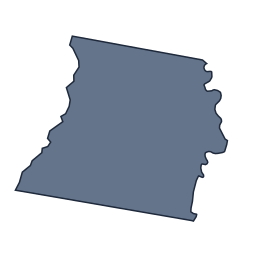 Lamar, Texas, United States of America, rotated 100°
{"feature_id": "52423323B29010460164460", "entity_name": "Lamar", "entity_type": "district", "adm_level": 2, "iso_a3": "USA", "parent_name": "United States of America", "parent_adm1": "Texas", "projection": "natural_earth1", "projection_center": [-95.621, 33.658], "detail": "fine", "context": "isolated", "style": "filled", "palette": "slate", "viewbox_px": 256, "rotation_deg": 100, "n_neighbors": 0, "source": "geoboundaries", "source_scale": "gbopen_adm2", "svg_char_len": 1410}
<svg xmlns="http://www.w3.org/2000/svg" viewBox="0 0 256 256"><g transform="rotate(100 128 128)"><path d="M75.5,50.1L75.8,50.8L76.8,51.9L78.0,56.1L77.7,57.0L76.6,58.4L75.0,59.1L72.5,60.6L72.1,60.6L71.3,60.2L67.9,56.1L67.3,55.6L64.1,54.4L62.8,54.3L58.3,55.3L57.9,56.0L57.9,56.4L58.2,58.1L58.6,59.0L58.7,60.4L58.6,61.0L58.2,61.8L57.6,62.5L56.0,63.5L54.9,63.8L53.3,63.6L52.5,63.3L51.4,62.4L50.9,61.7L48.1,66.4L47.2,198.8L56.4,199.8L59.1,196.1L70.1,188.3L76.5,186.8L85.4,190.6L91.3,189.4L98.9,195.7L110.4,189.8L116.9,189.7L124.8,191.9L128.3,196.1L133.1,193.3L144.5,204.5L152.2,205.4L155.3,201.7L160.2,203.8L162.9,208.9L167.3,208.6L176.9,216.7L181.9,217.6L189.8,224.4L200.5,225.5L208.8,228.1L208.1,49.4L208.3,47.4L203.6,45.5L201.3,45.3L201.0,45.5L200.9,48.7L199.6,51.6L195.8,52.0L189.0,51.8L179.5,52.5L167.9,51.6L163.2,50.3L162.9,50.0L163.7,46.2L163.3,45.4L162.7,45.1L161.2,45.4L158.7,47.8L154.7,49.4L151.7,49.5L150.6,48.9L150.5,48.1L150.6,45.3L149.4,43.9L147.9,43.5L146.5,44.2L145.0,45.6L142.6,47.1L140.7,47.6L139.1,47.5L138.2,46.6L137.1,44.5L137.0,42.3L137.9,39.9L138.0,37.5L137.4,35.1L135.7,30.6L134.9,29.4L134.5,28.9L133.8,28.7L127.2,27.9L123.1,27.9L122.0,30.5L112.2,37.9L109.2,38.2L105.5,37.0L103.8,37.4L102.5,38.2L100.4,41.3L98.1,43.9L94.6,45.7L90.5,45.9L89.7,45.7L85.3,42.6L82.7,41.8L79.8,41.9L77.1,43.0L76.5,43.7L75.5,46.3L75.3,49.6L75.5,50.1Z" fill="#64748b" stroke="#1e293b" stroke-width="1.5"/></g></svg>